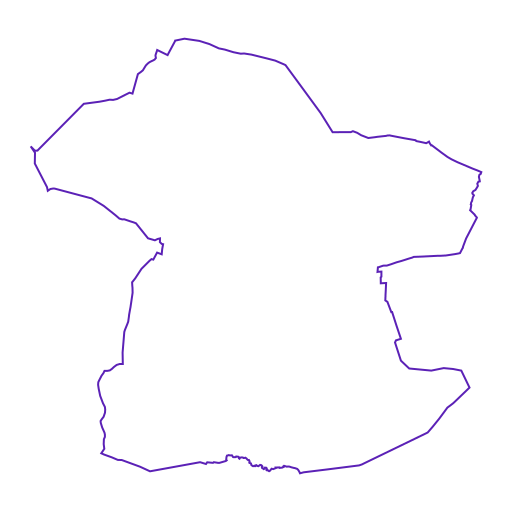 outline of Chavinda, Michoacán, Mexico
{"feature_id": "50627088B886354204460", "entity_name": "Chavinda", "entity_type": "district", "adm_level": 2, "iso_a3": "MEX", "parent_name": "Mexico", "parent_adm1": "Michoacán", "projection": "mercator", "projection_center": [-102.439, 20.047], "detail": "fine", "context": "isolated", "style": "outline", "palette": "violet", "viewbox_px": 512, "rotation_deg": 0, "n_neighbors": 0, "source": "geoboundaries", "source_scale": "gbopen_adm2", "svg_char_len": 5157}
<svg xmlns="http://www.w3.org/2000/svg" viewBox="0 0 512 512"><path d="M481.3,172.1L477.3,170.4L472.6,168.6L457.5,162.2L451.5,159.3L447.4,156.9L441.2,152.4L439.4,151.0L436.6,148.9L431.7,145.2L431.2,145.4L429.8,143.4L429.0,141.6L426.4,143.1L426.1,143.2L425.9,143.1L419.5,141.7L416.4,141.1L415.4,140.3L415.4,140.2L404.0,138.2L397.2,136.9L390.5,135.6L389.9,135.4L389.7,135.4L387.5,135.5L386.0,135.9L383.1,136.2L378.5,136.7L377.5,136.8L374.9,137.2L368.3,138.0L361.1,135.2L357.2,132.8L352.9,131.2L350.9,132.1L332.6,132.2L320.7,113.1L302.4,88.1L285.5,65.1L283.8,64.3L275.2,60.6L266.7,58.4L251.4,54.6L248.7,54.2L244.2,53.5L240.7,53.7L233.4,52.2L224.9,49.6L221.5,48.9L218.9,48.4L209.5,44.1L199.3,40.9L184.5,38.7L175.2,40.6L175.2,40.8L174.9,41.4L168.5,53.3L167.6,55.1L157.2,50.0L157.0,50.7L156.7,51.6L156.0,53.6L155.6,54.9L155.5,55.4L155.5,55.8L155.9,58.0L154.6,59.6L152.4,60.8L152.1,60.9L151.8,61.0L149.5,62.2L148.8,62.7L147.8,63.5L145.9,65.4L144.1,68.3L142.9,70.3L140.7,72.1L137.9,74.1L132.5,93.6L130.9,93.1L129.5,92.7L124.7,95.1L117.0,99.0L115.7,99.3L113.1,99.9L109.6,99.7L105.0,100.7L99.6,101.7L83.8,103.8L38.9,149.1L38.1,149.9L37.5,150.6L34.9,150.7L30.7,146.4L35.0,152.7L34.8,163.5L47.0,187.1L47.8,190.8L50.4,189.0L52.2,188.7L53.2,188.5L54.7,188.6L88.5,197.6L91.6,198.4L102.3,205.0L102.7,205.2L102.9,205.4L103.9,206.0L104.4,206.4L115.7,215.4L119.4,218.6L122.2,219.4L124.3,219.3L130.5,221.4L133.7,222.4L136.0,223.3L148.0,238.3L154.9,240.3L157.6,239.0L160.0,238.4L159.9,242.1L161.7,243.9L163.1,244.2L162.2,249.1L161.7,254.3L157.1,252.6L153.3,259.6L151.5,259.1L149.6,260.7L141.5,268.8L135.2,278.4L132.1,282.3L132.3,285.9L132.5,287.9L132.6,292.8L131.2,302.4L130.5,307.1L129.9,310.3L129.1,314.8L128.9,316.8L128.2,321.7L127.3,324.1L124.9,330.0L124.5,331.3L124.3,331.9L122.6,352.5L122.8,364.0L119.6,364.0L116.7,364.9L113.9,367.0L111.9,368.9L109.8,370.4L107.1,370.9L104.5,370.9L103.4,373.2L101.6,375.6L99.2,380.3L98.3,382.2L98.1,384.8L98.7,388.8L100.2,395.9L103.0,403.3L104.2,405.6L104.9,407.0L105.2,409.6L105.0,412.7L103.6,416.8L101.7,419.3L100.6,421.0L100.8,423.0L102.2,427.5L103.4,430.2L104.5,432.7L104.9,434.6L104.9,436.9L103.9,439.2L103.7,444.1L104.3,448.8L101.3,453.3L104.2,454.6L111.7,457.3L117.8,459.9L121.0,460.0L121.7,460.0L140.0,466.7L150.0,471.3L200.1,462.2L206.0,464.0L207.2,462.3L212.4,462.8L213.1,462.8L213.8,462.2L216.5,462.6L218.3,462.9L219.3,462.9L225.8,461.0L226.7,460.3L226.2,459.6L226.5,456.9L227.0,455.6L228.0,455.4L228.7,455.1L230.0,455.4L231.0,455.4L231.9,455.3L232.1,455.6L232.6,456.3L232.9,456.9L233.2,457.1L233.8,457.2L235.8,457.1L236.0,456.9L236.2,456.5L238.2,456.7L238.8,457.1L238.9,458.3L239.5,458.7L239.9,458.0L240.2,457.7L240.8,457.5L241.5,457.4L242.9,457.5L243.5,458.0L244.2,458.0L245.4,457.7L246.6,458.6L247.2,459.4L248.1,460.1L248.9,460.0L249.6,461.3L249.4,462.0L249.3,462.7L249.4,462.9L250.8,463.3L251.0,463.6L251.4,465.1L252.8,466.1L253.3,466.1L253.8,466.1L254.3,465.7L255.1,466.2L255.4,466.1L256.1,465.1L256.4,465.1L257.2,465.9L258.4,466.2L260.1,464.9L261.2,465.1L261.9,465.7L262.3,466.3L261.8,466.8L261.9,467.4L262.1,468.0L262.8,468.4L263.0,468.5L263.4,468.8L263.7,469.1L264.3,468.8L264.6,467.7L266.1,467.7L266.7,468.3L266.4,469.4L266.5,470.1L266.9,470.3L267.5,469.9L267.7,470.1L268.4,470.8L269.1,471.2L270.0,470.7L271.6,468.7L273.2,469.1L276.0,468.0L275.8,467.5L277.1,467.5L279.4,467.4L279.6,467.9L282.2,467.6L283.7,466.9L283.4,466.3L284.0,465.8L285.3,466.2L286.9,466.7L287.9,466.5L289.3,466.6L289.7,466.7L291.1,467.2L291.4,467.3L293.0,467.7L293.7,467.9L294.9,468.1L297.2,468.9L298.2,469.9L299.3,471.7L300.0,473.3L303.7,472.3L326.7,469.5L359.1,465.4L362.0,464.4L364.2,463.3L426.1,433.3L427.7,432.5L432.3,427.2L439.2,418.7L447.4,407.6L450.5,405.3L453.1,403.3L454.2,402.3L469.5,387.6L461.3,370.6L453.1,369.0L443.7,368.1L431.3,370.6L409.2,368.5L402.0,361.7L400.9,360.6L395.0,342.4L395.4,341.7L395.9,340.4L400.9,338.8L396.5,325.7L392.1,312.0L391.9,312.0L391.3,312.1L387.4,301.8L386.0,300.9L385.3,300.4L385.4,298.7L385.4,297.7L385.5,296.6L385.5,296.4L385.5,295.3L385.8,289.5L385.8,289.4L386.1,283.0L380.8,283.3L380.7,277.4L381.4,276.7L381.4,271.6L377.9,271.8L377.5,271.9L377.9,267.4L378.0,267.4L383.1,265.7L383.9,265.6L384.6,265.6L384.8,265.6L385.0,265.6L386.3,265.6L386.5,265.6L387.1,265.5L391.2,264.2L396.6,262.3L401.3,261.0L405.1,259.8L408.8,258.6L412.2,257.6L412.4,257.5L413.8,256.9L421.6,256.6L421.8,256.6L427.6,256.3L429.8,256.2L437.6,255.8L437.9,255.8L438.1,255.8L439.5,255.8L440.1,255.8L444.0,255.6L444.6,255.5L445.3,255.5L445.6,255.5L445.8,255.5L454.4,254.2L454.5,254.2L458.3,253.5L460.0,253.1L462.6,248.1L462.9,247.8L463.0,246.8L463.4,245.7L466.1,238.5L476.1,219.2L476.9,217.7L476.7,217.3L474.9,215.3L474.8,214.8L470.1,210.2L470.4,209.6L470.5,209.6L471.3,205.0L470.8,204.5L470.9,204.3L471.1,202.8L471.9,201.1L472.1,200.9L472.1,200.6L472.6,198.4L472.9,197.2L473.9,195.3L473.3,194.6L472.4,193.6L472.3,192.8L473.3,191.2L473.8,190.9L475.4,190.0L476.1,188.9L476.8,187.8L477.1,187.3L477.9,185.9L477.3,183.7L477.5,183.4L477.7,182.9L478.4,181.7L479.8,181.4L479.8,181.2L479.5,179.7L478.9,176.9L479.2,175.5L479.4,174.8L479.5,174.7L480.8,173.8L481.0,172.8L481.1,172.7L481.3,172.1Z" fill="none" stroke="#5b21b6" stroke-width="2"/></svg>